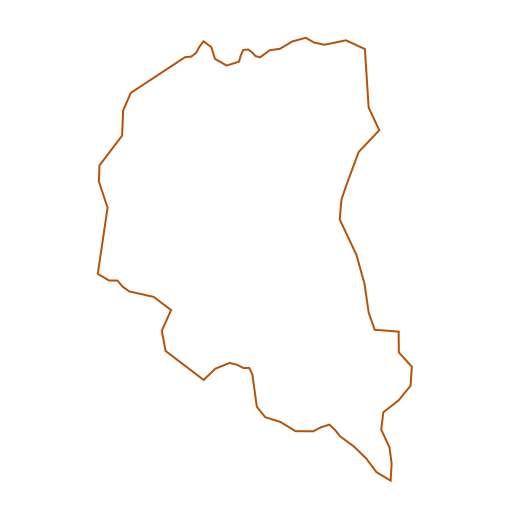 the District of Mubende, rotated 272°
{"feature_id": "UGA-3093", "entity_name": "Mubende", "entity_type": "District", "adm_level": 1, "iso_a3": "UGA", "parent_name": "Uganda", "parent_adm1": "", "projection": "orthographic", "projection_center": [31.514, 0.518], "detail": "fine", "context": "isolated", "style": "outline", "palette": "amber", "viewbox_px": 512, "rotation_deg": 272, "n_neighbors": 0, "source": "natural_earth", "source_scale": "10m", "svg_char_len": 1084}
<svg xmlns="http://www.w3.org/2000/svg" viewBox="0 0 512 512"><g transform="rotate(272 256 256)"><path d="M199.0,173.0L211.5,155.2L216.2,130.5L220.7,123.8L226.6,118.4L226.4,109.8L232.7,98.5L299.1,106.0L324.9,96.4L341.1,96.4L371.6,118.0L396.7,118.1L414.7,125.2L452.2,178.1L453.0,184.4L457.1,189.2L463.4,192.3L468.7,196.1L463.2,204.0L451.6,208.1L445.3,220.0L449.7,232.3L456.0,233.8L461.5,236.1L462.1,241.0L459.3,245.1L455.7,248.6L454.7,253.2L462.1,262.5L463.9,272.7L471.7,284.8L475.8,298.1L471.3,306.7L469.5,317.1L474.7,338.3L466.6,357.6L408.3,363.4L386.0,374.8L363.6,355.0L332.3,344.6L315.4,339.4L295.4,338.4L260.7,356.3L232.0,365.4L203.3,370.6L186.4,377.2L185.4,401.2L164.6,402.1L150.8,415.6L131.8,415.0L116.9,403.7L104.2,388.7L86.8,387.2L69.4,396.1L53.1,398.8L36.2,398.4L44.2,383.9L57.3,373.4L69.0,360.5L78.7,346.4L85.1,340.9L90.0,335.1L87.2,327.2L82.8,319.3L82.3,301.7L91.1,286.0L95.2,270.9L105.3,262.1L137.5,256.5L143.9,253.1L143.6,247.5L146.7,240.6L148.2,233.5L142.0,219.3L130.3,208.0L158.0,168.9L178.0,164.5L199.0,173.0Z" fill="none" stroke="#b45309" stroke-width="2"/></g></svg>